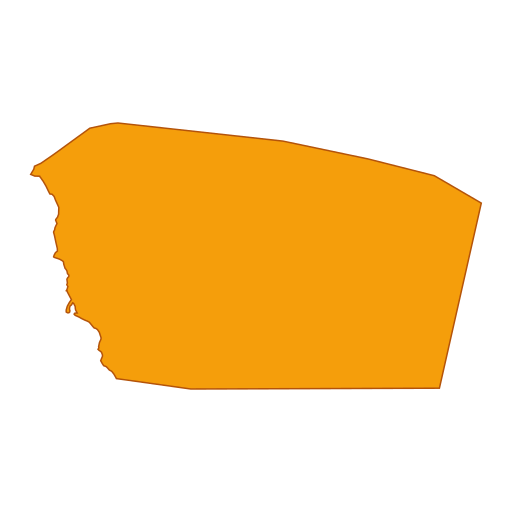 the district of Ras Sidr, Janub Sina', Egypt
{"feature_id": "37247803B11741715008069", "entity_name": "Ras Sidr", "entity_type": "district", "adm_level": 2, "iso_a3": "EGY", "parent_name": "Egypt", "parent_adm1": "Janub Sina'", "projection": "robinson", "projection_center": [32.786, 29.599], "detail": "fine", "context": "isolated", "style": "filled", "palette": "amber", "viewbox_px": 512, "rotation_deg": 0, "n_neighbors": 0, "source": "geoboundaries", "source_scale": "gbopen_adm2", "svg_char_len": 1703}
<svg xmlns="http://www.w3.org/2000/svg" viewBox="0 0 512 512"><path d="M439.4,388.2L481.3,203.1L434.3,175.7L368.3,159.0L282.9,141.1L117.9,123.0L110.6,123.7L89.8,128.2L54.2,154.1L40.9,163.3L34.5,166.2L33.8,169.2L30.7,174.4L34.8,176.1L39.7,176.2L40.0,176.9L40.4,177.4L40.6,177.6L42.7,180.6L43.1,181.1L46.1,186.3L48.2,190.7L49.9,194.0L52.0,194.2L54.1,196.4L55.5,200.1L57.6,204.7L58.8,207.4L58.7,210.4L58.6,214.2L57.5,217.2L55.8,219.4L55.6,220.1L57.0,223.6L56.0,225.5L55.0,227.7L54.6,229.9L53.7,231.5L53.6,232.3L54.4,235.3L55.9,242.3L57.3,248.4L57.4,251.1L55.5,252.6L54.2,255.0L53.6,256.8L54.1,257.3L55.5,257.8L58.0,258.6L59.8,259.3L62.4,260.8L63.4,261.7L63.8,264.4L65.1,268.4L66.2,269.6L67.0,271.2L67.5,273.7L68.7,274.9L68.9,275.6L68.7,276.7L67.7,277.7L66.9,279.2L67.4,283.1L66.8,284.7L67.2,285.4L67.9,286.5L67.0,289.5L66.3,290.7L67.2,291.0L67.2,291.6L68.8,294.7L71.4,299.6L69.4,302.4L67.3,306.2L66.2,310.0L66.2,312.0L67.5,312.8L68.8,312.8L69.7,312.0L69.9,310.7L69.5,309.2L69.6,307.7L70.0,306.1L71.6,304.8L72.3,303.4L72.7,302.8L73.7,303.5L75.2,306.5L75.3,308.4L75.6,310.0L77.2,313.0L76.4,313.0L75.7,313.1L75.0,313.1L74.7,313.3L74.1,314.1L74.9,315.1L76.1,315.8L76.7,316.0L79.5,317.3L81.3,318.4L84.8,320.1L87.5,321.2L89.3,322.2L90.8,324.0L92.9,326.6L94.2,328.0L95.8,328.4L97.5,329.6L99.3,332.3L101.1,337.9L100.9,339.4L100.3,340.7L99.5,342.4L99.1,344.2L98.6,346.8L98.9,347.8L98.0,349.3L99.0,350.3L100.7,351.5L101.5,352.3L102.5,355.0L102.4,356.5L101.8,357.9L101.3,359.1L100.7,360.7L102.3,363.6L103.7,365.7L105.1,366.2L106.2,366.6L107.5,367.9L109.3,370.0L110.8,370.8L111.7,371.3L113.9,374.1L115.1,376.2L115.8,377.4L116.4,378.6L190.8,389.0L439.4,388.2Z" fill="#f59e0b" stroke="#b45309" stroke-width="1.5"/></svg>